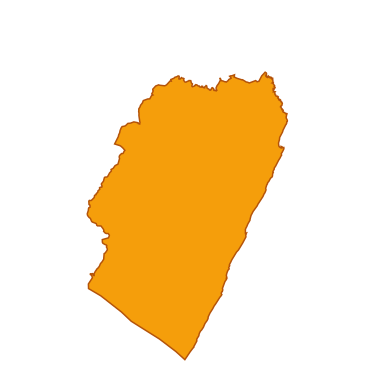 Komenda-edina-eguafo-abirem Municipal, Central, Ghana, rotated 307°
{"feature_id": "2480657B89828953333594", "entity_name": "Komenda-edina-eguafo-abirem Municipal", "entity_type": "district", "adm_level": 2, "iso_a3": "GHA", "parent_name": "Ghana", "parent_adm1": "Central", "projection": "mercator", "projection_center": [-1.414, 5.13], "detail": "fine", "context": "isolated", "style": "filled", "palette": "amber", "viewbox_px": 384, "rotation_deg": 307, "n_neighbors": 0, "source": "geoboundaries", "source_scale": "gbopen_adm2", "svg_char_len": 6069}
<svg xmlns="http://www.w3.org/2000/svg" viewBox="0 0 384 384"><g transform="rotate(307 192 192)"><path d="M53.8,287.2L63.2,286.7L67.8,286.7L69.1,286.9L69.6,286.5L76.0,285.5L76.2,285.1L77.6,284.3L81.2,284.0L82.8,283.2L84.1,282.8L86.0,282.5L87.5,282.7L89.5,282.6L91.5,282.4L92.4,282.0L93.4,281.9L94.5,281.5L98.5,281.4L100.5,281.0L102.0,280.1L106.2,279.2L111.3,278.8L114.1,278.3L117.3,278.2L124.5,277.6L126.6,277.7L128.0,277.6L128.3,276.7L129.0,276.2L130.5,275.9L130.8,276.1L132.3,275.5L133.4,274.3L140.3,272.2L143.0,272.1L143.4,271.5L143.7,271.4L144.4,271.7L144.6,270.9L145.3,270.6L145.8,269.8L147.1,269.1L148.6,268.5L151.2,267.8L152.6,268.0L153.1,267.8L153.7,266.8L155.8,266.5L156.0,265.8L157.5,265.4L158.5,265.3L161.8,264.6L170.8,263.7L173.7,264.0L181.6,263.2L188.6,262.1L190.0,260.8L190.4,260.6L191.1,260.6L191.0,260.0L191.8,260.0L191.4,259.7L191.4,259.3L192.3,258.7L194.2,257.2L196.0,256.7L197.1,256.6L200.2,255.8L204.3,255.3L205.1,254.8L208.7,253.3L213.3,252.5L220.1,252.4L221.9,252.0L231.0,251.4L233.9,250.7L235.1,250.7L237.5,250.1L238.4,249.7L239.3,248.6L243.1,247.3L243.7,247.4L245.1,246.8L246.5,247.0L249.8,246.5L250.7,246.5L252.0,246.9L253.1,246.7L255.1,245.4L256.4,245.2L256.4,244.7L256.7,244.5L258.3,244.1L259.8,243.9L260.5,243.3L263.0,243.2L269.2,242.1L272.5,241.8L274.0,241.4L274.9,241.5L275.3,241.4L276.4,240.2L278.2,240.1L281.4,239.5L282.4,239.0L282.8,238.5L282.1,238.0L282.3,236.4L282.1,236.0L281.7,237.1L281.1,237.1L280.6,236.0L280.7,234.4L281.1,233.5L283.2,231.6L286.5,230.3L288.3,229.2L294.4,228.2L296.2,227.5L302.2,226.4L302.5,226.5L303.9,226.2L305.2,225.4L305.6,225.6L306.2,225.4L306.8,224.7L307.7,222.9L308.6,222.0L309.6,221.7L310.1,221.3L311.7,220.8L311.7,220.5L311.4,220.5L310.9,219.9L311.2,218.2L310.7,216.9L310.9,216.3L311.2,215.9L311.8,216.0L312.2,215.4L312.4,215.0L311.9,214.2L312.7,213.8L312.8,212.7L313.4,212.0L313.3,211.4L314.4,211.3L314.8,211.6L315.5,211.6L316.5,211.0L316.9,211.0L317.4,210.5L317.4,209.9L317.8,209.5L317.7,209.3L317.8,209.0L317.6,208.7L318.4,207.8L317.9,207.1L317.9,206.2L318.7,206.4L318.3,205.3L318.8,204.8L318.7,204.0L319.2,204.0L319.4,203.6L319.9,203.6L320.0,202.7L319.4,202.2L319.2,201.3L319.8,200.6L319.6,200.3L319.9,199.5L320.6,199.0L320.8,198.5L321.3,198.3L321.3,197.8L322.0,197.9L321.7,197.4L321.9,196.8L321.8,196.6L321.3,196.5L321.8,196.2L322.1,195.5L322.7,195.4L323.0,194.7L323.6,194.6L323.8,195.6L324.3,195.3L324.7,195.6L325.4,195.5L325.6,194.3L326.1,194.4L326.8,193.8L326.9,192.6L327.4,191.9L327.4,191.4L328.2,191.1L327.6,190.4L328.5,190.5L330.2,189.0L330.1,188.3L330.3,188.1L330.8,188.4L331.4,188.0L331.1,187.4L331.3,186.3L331.1,186.0L330.5,186.5L330.4,186.2L330.8,185.4L330.8,184.9L330.4,184.6L329.9,184.7L330.0,184.0L330.5,183.6L330.6,183.3L329.3,183.4L329.4,182.7L328.8,182.9L328.8,182.4L329.3,182.0L328.8,181.9L328.9,181.4L329.4,181.3L329.6,180.6L330.1,181.1L331.6,180.1L331.8,179.6L331.7,178.3L326.6,177.8L320.8,178.8L319.2,177.7L319.3,175.8L313.5,172.1L313.2,170.5L312.5,169.2L312.1,164.8L311.7,164.5L309.9,159.6L309.2,156.3L309.6,156.3L311.2,155.4L308.8,153.9L308.2,153.1L307.1,152.4L306.8,154.2L306.4,154.8L304.0,153.7L302.7,153.8L300.4,153.2L300.2,152.4L299.7,151.6L299.3,149.9L298.6,148.5L298.6,148.2L299.6,146.6L299.8,145.4L298.9,146.9L298.3,147.4L294.6,148.0L292.0,148.0L289.8,148.5L288.5,149.6L288.3,150.6L287.4,150.5L287.4,150.0L286.8,149.5L286.9,149.1L286.8,148.6L286.4,148.3L286.6,147.9L287.1,147.7L287.6,146.9L287.6,145.5L287.1,145.2L286.7,145.5L286.0,145.3L285.7,145.6L285.2,145.5L284.8,145.3L284.5,145.5L284.0,144.6L284.3,143.7L284.1,143.0L284.1,141.4L285.3,140.2L285.6,139.8L285.5,139.2L284.7,139.2L283.9,138.9L282.8,139.4L282.3,138.4L282.3,137.6L282.8,137.0L282.5,136.2L282.1,136.0L281.6,136.6L280.7,135.3L280.7,134.5L281.0,134.0L280.4,133.1L280.5,131.5L280.0,130.4L279.4,130.5L278.7,130.0L278.3,130.3L276.4,129.1L276.3,128.5L276.9,127.9L278.6,127.3L278.7,125.9L280.2,124.0L279.2,122.5L278.7,122.5L277.4,121.6L276.5,121.3L275.9,120.8L275.6,120.2L276.1,118.3L276.4,117.9L277.7,117.4L277.7,116.9L277.0,115.5L277.0,114.7L275.1,114.5L274.4,113.6L274.6,113.3L276.2,112.6L276.7,112.0L276.7,111.6L276.1,110.9L274.9,110.5L273.4,109.3L271.7,109.0L270.6,108.2L269.7,107.9L269.4,107.5L269.0,107.4L268.1,108.7L267.5,107.7L262.3,107.2L261.3,106.8L260.4,106.3L257.8,101.9L257.5,100.9L254.8,99.2L250.5,98.8L249.7,99.5L249.7,99.8L248.7,100.4L246.1,100.8L246.0,102.4L245.2,101.9L244.5,101.7L241.0,102.2L239.6,100.6L235.7,98.1L233.2,98.8L230.2,98.7L229.0,99.2L226.3,99.5L225.2,100.4L224.0,101.1L223.2,102.1L221.1,103.6L216.7,108.0L216.4,108.5L214.8,109.3L214.3,107.8L214.8,107.5L214.7,106.9L213.0,103.4L209.8,101.3L208.2,99.5L204.9,99.0L203.8,98.3L202.2,96.8L200.3,96.9L197.8,97.6L195.7,98.6L193.4,99.1L192.0,99.8L183.8,101.3L185.8,107.0L185.6,110.0L184.9,113.3L183.5,113.3L181.7,113.7L181.1,113.6L180.3,112.6L177.6,112.2L176.2,112.7L175.1,114.0L169.7,116.1L166.8,114.7L163.4,114.8L161.3,113.8L160.2,115.0L157.6,114.7L153.8,115.3L152.7,115.0L151.6,113.6L150.7,113.4L147.3,114.8L144.1,114.7L143.5,115.1L142.7,116.5L141.6,117.0L140.5,115.8L139.7,115.6L138.6,116.7L136.4,116.2L135.0,116.9L133.6,116.6L132.5,116.6L132.2,117.0L130.9,116.3L130.4,116.3L129.1,117.1L128.7,117.2L124.9,116.7L124.4,116.5L123.5,115.1L122.6,115.1L120.0,117.3L120.2,118.0L119.5,119.0L118.4,119.7L117.3,119.1L116.3,119.4L114.9,120.3L111.7,121.4L110.7,122.3L110.1,123.6L109.7,125.3L109.8,126.1L109.6,127.0L108.2,129.3L108.0,130.4L109.1,134.2L109.1,134.6L108.1,136.1L108.1,136.9L110.1,139.7L109.2,143.0L108.6,144.3L107.9,145.0L107.4,145.1L107.0,147.3L107.3,148.6L108.4,150.1L107.8,152.0L106.7,152.5L105.0,152.8L100.0,149.0L98.0,150.6L97.4,151.8L97.8,154.7L98.1,155.4L98.0,156.1L97.5,156.5L96.6,156.7L95.9,158.2L94.8,159.2L91.2,159.4L89.9,158.9L85.2,161.9L84.3,162.0L82.3,162.2L79.8,162.0L76.5,162.8L75.5,162.6L74.4,162.7L72.9,162.3L71.8,162.6L70.7,162.5L67.7,163.0L66.4,164.1L66.1,163.7L67.0,161.9L66.8,161.4L66.1,161.1L65.7,160.2L65.4,160.1L64.9,160.5L65.0,161.8L64.8,162.4L63.5,164.1L56.2,164.6L52.6,167.5L54.2,181.6L53.7,207.9L52.2,221.3L55.0,254.6L54.9,275.1L53.8,287.2Z" fill="#f59e0b" stroke="#b45309" stroke-width="1.5"/></g></svg>